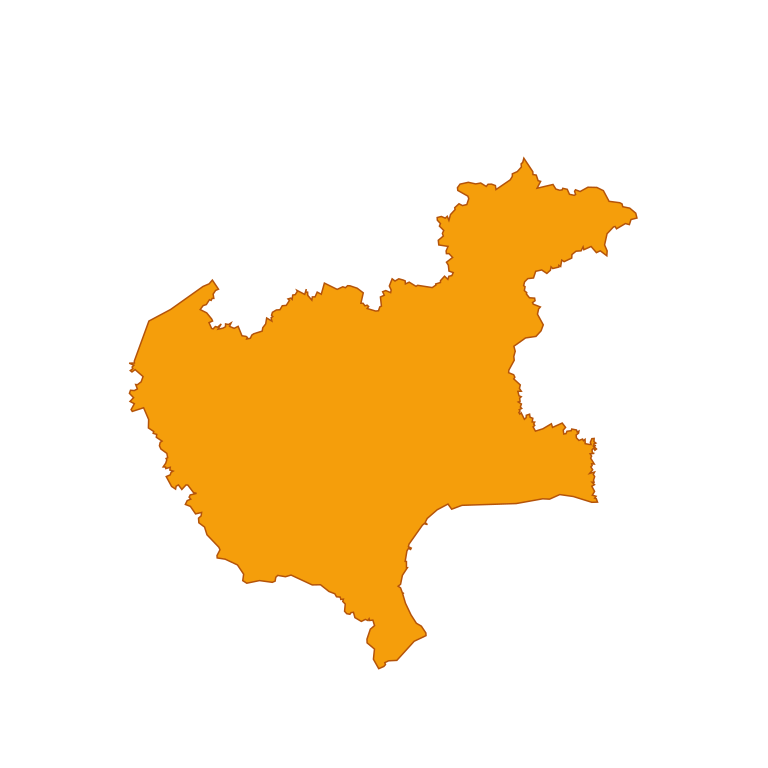 the district of Veneto, Treviso, Italy, rotated 23°
{"feature_id": "23120603B96721879872173", "entity_name": "Veneto", "entity_type": "district", "adm_level": 2, "iso_a3": "ITA", "parent_name": "Italy", "parent_adm1": "Treviso", "projection": "orthographic", "projection_center": [12.018, 45.736], "detail": "fine", "context": "isolated", "style": "filled", "palette": "amber", "viewbox_px": 768, "rotation_deg": 23, "n_neighbors": 0, "source": "geoboundaries", "source_scale": "gbopen_adm2", "svg_char_len": 6170}
<svg xmlns="http://www.w3.org/2000/svg" viewBox="0 0 768 768"><g transform="rotate(23 384 384)"><path d="M297.8,600.7L297.3,607.2L298.4,609.3L306.3,607.3L319.8,607.8L329.1,613.9L330.8,620.2L335.5,621.0L346.2,613.6L358.7,610.2L360.8,608.0L359.9,604.2L361.0,601.7L368.6,599.9L373.1,596.2L396.4,597.0L404.0,593.6L414.4,596.5L420.7,596.3L423.4,598.4L427.0,597.3L428.4,599.2L430.7,597.9L431.0,600.3L434.3,601.7L436.5,608.6L439.5,610.0L442.6,609.3L443.0,607.3L445.1,606.1L448.5,610.4L455.9,611.4L458.8,608.0L461.7,608.0L462.0,605.9L463.2,607.3L466.0,605.7L469.7,610.1L467.2,615.0L468.0,625.5L469.6,628.9L478.8,631.7L481.8,641.5L490.4,648.1L494.2,644.1L495.0,641.7L493.6,640.2L496.4,637.0L503.8,633.4L512.3,609.0L521.0,599.2L519.8,596.8L513.0,592.3L507.3,591.6L499.1,586.0L489.4,577.4L483.3,570.0L483.8,568.3L483.3,569.9L478.9,565.2L476.0,564.6L477.5,561.9L475.7,552.9L477.3,544.0L476.5,544.4L474.0,538.6L472.8,539.0L470.3,528.6L470.8,525.7L473.1,525.9L473.2,524.4L470.0,524.2L469.6,521.5L474.5,499.0L475.5,496.9L478.9,496.4L476.0,495.4L476.3,490.9L482.1,479.0L489.8,469.5L495.2,472.8L503.2,465.2L552.4,442.4L574.9,427.7L581.4,425.3L589.0,417.1L602.2,413.6L621.5,411.7L626.7,409.3L624.2,406.6L622.5,406.8L623.1,404.5L619.2,404.9L619.8,400.6L615.2,396.9L617.1,394.4L613.9,393.1L615.7,392.3L614.4,390.6L614.1,386.9L612.0,385.5L612.2,382.8L608.2,386.0L609.6,381.4L606.8,379.5L607.5,377.8L606.3,376.3L608.8,375.5L603.2,371.5L603.3,369.3L601.0,367.7L604.7,365.7L602.6,366.0L601.2,363.2L602.0,361.2L604.0,362.6L605.0,360.8L601.1,359.4L603.2,357.8L601.2,358.6L600.6,357.1L602.1,355.6L599.8,355.0L598.7,352.0L596.7,353.1L596.7,357.0L598.2,358.8L596.3,359.5L592.5,360.3L590.7,356.4L589.7,358.3L588.3,357.1L585.5,359.8L582.2,358.4L580.8,355.9L582.3,353.2L581.8,351.2L580.7,352.7L579.1,351.1L574.4,352.1L574.6,353.8L570.9,356.0L570.9,358.6L569.0,359.8L567.0,356.4L568.1,353.0L563.3,350.3L556.1,358.1L553.6,355.2L547.7,363.2L541.8,368.2L538.0,365.2L538.9,363.2L537.4,362.3L537.6,360.2L535.2,361.0L534.4,357.4L531.4,357.5L529.8,354.9L527.2,357.2L528.0,359.4L527.0,361.6L521.5,356.9L520.8,358.6L519.3,357.6L519.8,355.7L518.5,354.8L520.3,352.7L518.5,351.9L518.3,348.7L514.6,348.1L516.0,346.7L514.4,344.1L515.3,342.1L512.9,342.1L510.1,338.5L513.2,337.0L510.4,335.2L509.8,331.6L501.4,328.6L501.8,326.6L499.7,324.8L494.3,324.9L493.5,322.4L494.6,311.3L492.7,307.9L492.0,302.6L488.8,298.5L496.3,286.3L505.3,280.8L507.8,273.7L507.5,267.3L498.0,259.8L497.0,254.5L497.8,252.0L490.2,252.2L488.9,251.0L490.5,248.3L489.1,246.1L484.2,247.8L479.9,245.5L479.7,244.1L476.7,243.2L475.8,239.3L474.1,238.9L473.5,235.0L475.2,230.8L480.2,228.0L479.6,221.0L484.6,217.4L490.7,218.6L492.7,214.3L492.0,210.9L494.2,211.8L499.3,208.0L498.6,206.5L500.7,206.8L499.2,200.5L502.0,201.0L507.6,194.7L506.4,191.4L508.9,186.7L513.4,184.4L513.7,180.0L515.5,182.3L520.9,176.5L528.2,180.1L531.0,176.9L539.0,178.9L537.4,174.3L532.7,169.8L530.6,158.5L533.9,149.7L535.2,148.7L537.4,150.3L543.5,142.0L547.6,141.4L547.1,136.1L552.0,132.4L549.0,128.4L541.5,126.1L534.5,127.5L532.7,125.2L530.2,125.0L519.8,127.9L510.4,120.3L503.1,119.9L494.8,123.2L489.3,130.2L484.4,130.4L484.1,132.1L486.3,134.7L485.4,136.0L480.6,136.9L476.6,133.2L472.1,134.0L472.2,135.6L470.1,137.0L466.0,137.4L461.6,134.3L448.4,144.0L449.0,136.3L446.4,136.6L442.5,132.2L439.3,133.0L438.0,130.4L424.5,121.5L425.1,125.8L424.2,127.8L425.7,130.6L423.7,136.4L420.0,140.4L421.0,142.7L420.4,146.8L411.1,161.3L409.0,157.8L404.9,158.0L401.7,159.5L400.9,162.2L394.5,161.2L390.2,164.0L382.8,165.4L375.9,170.3L374.9,174.6L376.3,177.0L387.8,178.3L389.6,180.3L390.1,186.5L386.5,189.1L382.6,188.8L380.2,194.1L381.3,195.6L379.0,202.0L379.8,208.0L376.7,204.9L375.6,207.4L371.3,207.4L367.9,210.0L369.1,212.4L373.3,214.3L373.3,217.0L379.0,219.3L378.9,222.6L380.8,224.6L377.8,230.5L380.1,234.6L389.2,232.3L389.2,237.3L390.5,239.6L392.9,238.6L397.7,240.7L393.9,247.5L396.8,249.5L399.7,254.7L404.2,254.4L404.1,257.7L401.6,259.5L401.9,262.7L397.6,261.1L395.6,266.8L396.3,268.5L392.5,271.7L393.1,272.7L390.7,276.4L376.4,280.0L375.3,281.6L367.4,280.4L364.6,283.5L363.2,280.8L361.0,280.8L356.5,281.4L353.9,284.9L350.4,284.0L350.6,291.7L353.9,294.7L354.4,297.3L349.1,297.3L346.7,299.6L349.6,302.2L346.7,305.3L351.2,313.3L350.0,314.7L350.3,318.7L347.9,320.1L339.0,321.1L339.6,318.7L337.7,318.0L335.9,319.5L333.2,317.9L331.2,318.7L329.3,308.2L321.9,306.3L314.3,306.9L312.1,307.7L310.9,310.4L308.1,310.6L303.9,315.2L289.7,314.4L291.2,325.9L286.6,325.5L286.5,330.7L284.0,331.8L284.8,335.0L279.2,332.2L277.8,329.3L276.1,330.1L275.4,327.0L276.0,332.5L267.1,331.8L268.0,332.6L267.4,336.4L265.2,337.8L266.4,342.0L264.7,341.3L262.4,343.2L264.3,344.0L263.3,349.8L259.8,351.7L259.2,356.3L256.0,357.9L253.3,361.6L253.6,364.7L255.3,365.4L254.2,367.1L256.2,369.9L250.2,369.1L251.6,374.9L250.4,379.6L251.2,382.9L244.6,388.5L243.2,390.6L243.1,394.1L240.0,396.2L240.0,394.5L238.4,394.1L234.4,395.1L227.2,387.9L224.3,391.3L219.3,391.3L219.4,387.5L217.6,390.0L214.7,390.6L215.7,393.2L214.1,395.4L209.8,398.4L210.7,392.3L208.7,396.7L206.3,397.0L205.2,400.0L203.6,400.2L198.9,395.9L201.6,393.0L200.0,391.5L193.0,387.8L185.7,387.3L186.9,382.5L189.4,380.3L190.4,374.6L192.2,374.6L192.4,372.3L193.9,371.7L191.6,368.0L192.4,363.7L194.6,361.4L185.4,355.4L183.9,360.1L179.3,364.9L158.5,398.7L143.0,417.9L145.2,460.5L146.1,462.2L141.3,464.4L146.4,464.4L145.5,466.8L146.8,468.0L145.2,470.8L147.3,471.4L149.3,468.0L159.3,471.3L159.6,476.9L157.3,481.0L155.6,481.5L158.9,484.9L156.7,487.6L153.1,488.8L153.3,492.1L158.8,494.4L157.0,499.3L161.9,499.7L161.2,506.4L163.0,507.6L172.0,499.8L181.2,508.6L184.3,516.5L190.6,517.7L190.8,519.6L194.5,519.2L195.2,522.0L202.0,523.3L200.8,525.2L201.4,528.6L204.0,531.0L211.2,532.7L213.7,536.4L212.5,537.7L213.7,538.7L214.0,542.2L213.1,546.6L215.4,545.8L216.2,547.1L219.8,544.2L220.5,546.9L223.9,546.6L222.5,548.5L222.7,551.2L219.7,554.3L228.5,561.3L233.2,562.2L232.6,559.3L234.2,557.2L239.1,560.1L241.2,554.3L242.9,553.7L251.1,558.4L254.2,557.9L249.0,561.8L248.8,564.3L251.1,565.5L248.4,568.2L248.2,572.5L253.6,572.3L261.3,577.2L266.3,573.5L267.2,576.8L265.7,580.0L267.8,584.1L274.7,585.8L280.0,592.0L295.8,598.8L297.8,600.7Z" fill="#f59e0b" stroke="#b45309" stroke-width="1.5"/></g></svg>